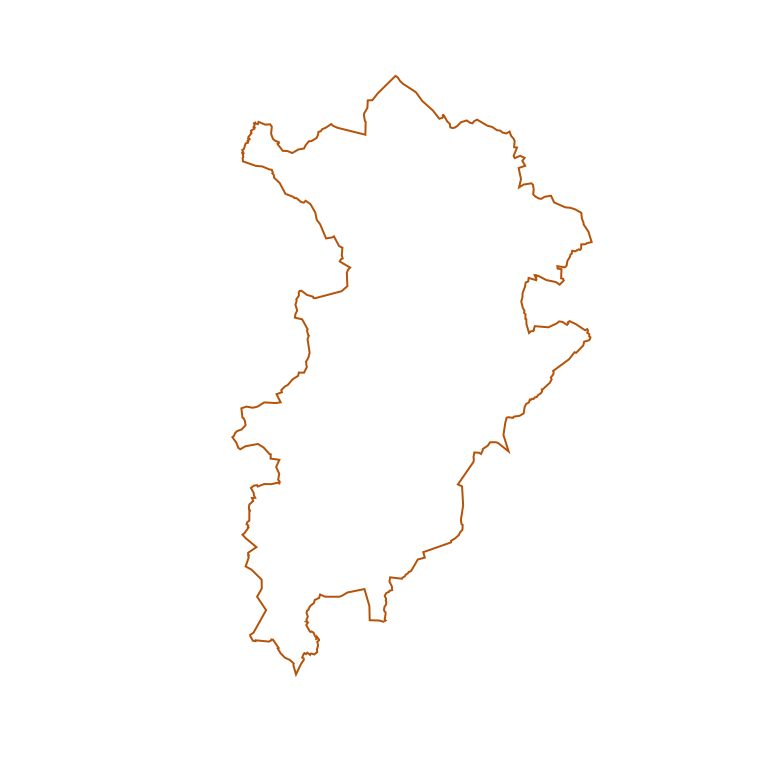 outline of Portlaoise Lea-7, Laoighis, Ireland, rotated 193°
{"feature_id": "5873133B8866665595403", "entity_name": "Portlaoise Lea-7", "entity_type": "district", "adm_level": 2, "iso_a3": "IRL", "parent_name": "Ireland", "parent_adm1": "Laoighis", "projection": "albers", "projection_center": [-7.298, 52.987], "detail": "fine", "context": "isolated", "style": "outline", "palette": "amber", "viewbox_px": 768, "rotation_deg": 193, "n_neighbors": 0, "source": "geoboundaries", "source_scale": "gbopen_adm2", "svg_char_len": 6156}
<svg xmlns="http://www.w3.org/2000/svg" viewBox="0 0 768 768"><g transform="rotate(193 384 384)"><path d="M352.7,662.5L355.2,660.5L356.5,657.9L358.6,657.8L362.6,659.4L367.9,656.4L370.6,651.9L372.8,649.7L375.0,648.7L377.2,649.1L378.4,652.3L381.4,654.0L386.1,659.2L386.9,659.5L387.2,658.8L386.6,657.9L386.9,656.5L389.8,654.9L397.9,661.5L410.3,668.3L418.6,675.5L432.8,680.7L436.5,682.8L439.4,685.7L442.1,686.8L455.4,665.9L459.2,657.9L463.6,656.7L462.3,649.3L464.2,643.2L464.1,641.5L461.8,636.1L460.9,635.5L458.2,622.7L487.0,623.2L491.8,624.1L493.9,625.4L498.3,620.7L501.4,618.5L502.6,615.9L504.6,615.0L504.3,612.3L505.0,608.6L509.4,604.3L511.8,603.6L514.0,599.1L514.9,595.5L520.1,593.3L525.4,588.4L530.6,589.3L535.1,588.4L541.8,594.0L540.6,595.2L541.0,596.1L544.8,596.5L547.3,597.8L550.3,602.4L551.2,609.5L553.3,611.4L558.1,610.0L565.2,611.2L565.4,608.8L567.9,609.0L568.3,609.7L569.4,608.8L568.3,607.1L568.7,605.5L567.9,604.9L568.7,604.6L567.8,603.5L570.6,600.9L569.9,599.5L570.2,598.9L569.6,598.5L571.7,594.1L571.5,593.2L570.4,592.6L571.4,592.2L570.7,591.2L571.6,590.3L570.9,589.7L571.3,589.1L570.9,588.5L572.9,587.3L573.4,581.5L574.7,580.2L573.4,578.3L574.1,578.2L574.2,577.2L572.8,576.7L573.1,575.4L572.1,573.6L572.6,572.3L571.5,569.2L558.0,567.7L551.6,568.6L543.9,567.3L541.5,567.5L539.9,565.0L540.2,564.1L538.5,563.1L537.6,560.4L530.8,556.3L522.8,547.1L514.2,545.9L513.2,545.0L511.0,545.4L505.6,542.6L502.9,542.7L501.6,544.9L496.2,542.8L489.5,535.6L486.5,528.9L482.1,525.2L473.2,512.8L467.4,515.2L466.0,516.6L458.7,508.2L455.2,507.5L454.1,500.0L452.5,497.0L454.0,495.8L454.7,493.4L443.2,489.8L444.6,487.5L445.3,484.3L441.7,471.1L446.2,464.9L470.4,452.1L472.1,452.0L472.7,453.1L479.2,453.5L485.4,456.3L487.2,455.7L487.7,454.1L486.8,451.0L488.5,446.7L487.8,445.5L488.1,441.3L485.1,436.0L486.0,432.2L485.8,428.6L478.3,428.6L470.7,420.1L471.1,418.8L468.7,414.4L468.1,414.2L468.6,410.5L463.5,397.8L463.6,392.8L465.0,388.0L463.0,383.0L464.5,377.0L469.6,376.0L469.5,372.7L474.1,368.0L477.5,361.5L480.0,359.3L482.7,354.9L481.6,353.0L486.4,349.9L480.6,342.9L485.2,341.1L496.6,339.1L501.9,333.7L504.8,332.1L507.0,331.3L513.1,331.0L517.5,328.2L514.3,319.3L513.0,319.0L511.1,316.5L509.6,312.7L512.5,307.7L516.6,305.0L518.1,302.5L518.5,299.8L519.8,298.1L514.6,293.5L511.6,289.0L509.4,288.1L504.9,292.2L493.4,297.2L487.1,295.1L479.7,289.9L478.5,290.0L477.7,285.8L468.9,286.6L470.4,278.8L465.9,273.0L465.6,267.0L463.6,265.3L463.6,263.6L465.1,264.0L471.4,261.0L478.2,259.6L484.0,255.7L484.9,256.9L487.9,255.7L490.3,252.8L486.5,248.6L485.6,246.1L483.9,244.1L487.0,243.2L485.1,240.7L488.1,236.3L487.8,232.9L487.0,230.8L486.2,230.7L486.1,230.1L486.6,229.9L484.5,220.6L486.2,218.5L486.4,216.5L484.4,215.6L484.4,213.7L483.8,213.6L486.4,207.3L488.0,205.3L483.8,202.5L471.6,196.4L478.4,189.0L477.8,186.8L476.4,186.7L477.7,186.2L476.8,184.2L477.8,175.1L471.3,173.3L459.2,165.8L457.1,157.2L459.8,148.2L448.0,137.1L455.2,112.3L457.9,109.5L457.6,108.3L454.1,104.4L453.4,104.4L451.3,104.6L451.4,105.4L438.3,107.1L435.9,109.0L436.2,109.7L434.7,109.9L427.3,103.1L428.1,102.4L424.2,98.4L418.9,95.0L413.9,94.0L409.1,91.4L409.1,89.7L404.4,81.2L401.9,92.6L400.1,97.1L400.4,98.4L402.2,99.0L401.5,103.1L400.9,103.9L399.3,103.2L398.3,104.9L395.1,103.5L395.0,104.5L394.2,105.0L391.1,104.8L388.7,107.8L389.6,110.0L389.4,114.4L391.0,117.8L389.7,119.6L389.8,120.3L391.8,122.0L391.5,121.1L392.7,120.4L392.8,121.9L394.3,122.6L396.7,125.8L398.8,126.6L399.6,125.9L400.7,126.3L405.5,131.5L404.5,134.6L406.3,135.0L405.7,135.4L406.5,137.0L405.9,140.2L408.0,143.7L408.0,145.7L406.7,147.2L406.9,148.0L405.8,151.3L403.1,154.7L402.8,158.1L399.1,160.9L398.9,164.5L393.6,163.5L379.9,166.6L377.6,167.9L372.8,172.6L356.9,179.8L348.3,164.4L344.8,150.6L335.3,152.5L331.2,152.2L329.2,154.0L330.4,154.9L330.7,160.3L331.2,162.0L332.4,162.6L333.2,164.0L333.4,167.1L332.5,169.2L332.5,171.7L333.5,173.3L333.6,175.2L335.7,177.8L334.7,180.9L332.3,182.7L332.2,183.7L329.7,185.0L330.7,188.3L334.3,192.9L334.5,197.0L322.7,198.3L322.4,199.4L320.4,201.3L320.1,202.9L318.1,204.9L317.6,206.5L316.0,207.3L315.3,208.6L311.6,220.6L305.2,224.0L307.9,229.0L283.0,244.8L283.3,246.5L280.1,249.4L277.1,253.7L276.5,256.6L274.8,259.6L275.6,264.3L277.0,265.0L278.5,269.0L279.6,283.6L284.9,301.8L289.4,302.8L279.3,328.2L279.5,330.9L280.3,332.6L280.6,337.6L275.8,338.4L273.8,337.6L273.0,340.7L273.1,343.0L269.1,347.1L267.5,351.1L262.0,352.4L259.6,352.2L247.4,346.3L256.1,361.1L257.1,373.2L256.9,378.8L255.0,379.7L250.7,380.0L250.3,381.3L244.6,383.6L241.3,386.8L241.8,393.1L241.0,396.5L238.7,398.6L238.4,401.6L237.4,401.5L236.5,402.9L235.0,403.0L234.0,404.9L232.3,405.6L231.6,407.5L228.7,410.8L228.4,412.9L229.0,414.2L228.2,414.4L222.7,422.5L221.7,426.2L222.9,427.9L221.2,431.4L221.4,433.9L222.2,434.7L209.2,449.8L205.5,457.8L203.8,457.6L198.5,466.4L198.5,470.3L194.1,472.7L193.3,474.5L193.4,476.0L194.7,476.4L195.2,478.8L197.5,479.6L197.2,481.9L198.3,483.2L200.2,481.6L210.2,485.4L217.3,487.0L218.7,485.5L218.0,484.7L219.0,482.8L224.2,484.7L227.5,484.3L229.2,482.0L236.6,476.2L250.0,474.3L250.4,470.9L249.9,470.4L250.4,469.2L252.8,468.4L254.1,466.3L258.6,474.2L259.9,479.1L260.9,479.3L261.8,483.8L263.6,484.9L263.6,486.9L265.8,489.3L268.8,495.2L268.6,499.5L269.4,503.7L268.5,510.7L268.8,514.8L266.6,516.3L266.9,519.9L259.1,519.4L259.0,520.2L261.7,524.0L260.4,524.3L259.1,523.4L258.4,524.2L249.2,521.8L239.4,522.0L235.2,520.3L232.1,525.3L233.1,526.8L235.2,526.8L236.9,535.8L240.8,535.5L241.6,537.8L233.9,538.4L232.7,540.5L233.0,545.0L231.5,549.6L231.3,552.3L230.4,553.2L230.6,556.1L227.5,556.3L224.6,559.0L223.1,558.8L222.4,560.3L223.2,564.4L219.2,565.5L217.9,566.9L213.6,569.0L219.0,578.3L225.4,584.4L225.9,586.1L228.3,589.5L230.3,595.2L237.2,597.2L242.1,597.6L247.2,596.9L259.1,599.2L263.6,605.0L269.7,602.5L272.4,599.8L274.8,599.6L278.7,600.7L281.3,602.3L281.9,607.3L283.7,611.6L285.5,612.7L292.9,609.7L296.6,606.0L296.6,614.5L301.4,624.7L295.5,628.4L299.4,632.5L297.9,636.0L302.7,637.0L307.3,633.5L308.0,634.1L309.0,635.4L307.6,644.3L310.5,644.0L311.4,650.2L312.6,651.9L316.0,654.4L318.4,658.2L321.3,655.6L325.1,655.7L327.7,657.0L331.0,656.7L336.3,658.8L341.3,658.9L352.7,662.5Z" fill="none" stroke="#b45309" stroke-width="2"/></g></svg>